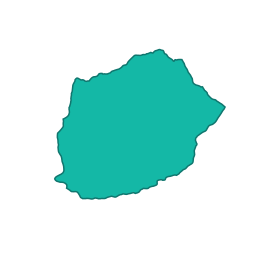 outline of Denchhukha, Samchi, Bhutan, rotated 41°
{"feature_id": "84629894B1832791956678", "entity_name": "Denchhukha", "entity_type": "district", "adm_level": 2, "iso_a3": "BTN", "parent_name": "Bhutan", "parent_adm1": "Samchi", "projection": "mercator", "projection_center": [89.277, 27.026], "detail": "fine", "context": "isolated", "style": "filled", "palette": "teal", "viewbox_px": 256, "rotation_deg": 41, "n_neighbors": 0, "source": "geoboundaries", "source_scale": "gbopen_adm2", "svg_char_len": 5795}
<svg xmlns="http://www.w3.org/2000/svg" viewBox="0 0 256 256"><g transform="rotate(41 128 128)"><path d="M187.5,48.5L183.1,48.5L180.9,48.9L179.2,49.1L178.0,49.3L177.5,49.4L176.9,49.4L176.3,49.4L175.9,49.3L175.3,49.5L174.8,49.7L174.4,50.1L173.8,50.3L173.3,50.6L172.2,50.9L171.7,51.0L171.1,51.0L170.5,50.9L170.0,50.9L168.8,50.9L167.7,50.7L166.6,50.6L166.0,50.4L165.5,50.2L165.1,49.8L164.6,49.5L164.0,49.4L162.9,49.3L161.7,49.3L161.1,49.4L160.6,49.2L160.1,49.0L159.5,48.8L159.0,48.7L157.9,48.3L157.4,48.1L156.9,48.2L156.6,48.7L156.2,49.1L155.6,49.2L154.5,49.4L153.9,49.6L153.4,49.8L150.9,51.0L150.3,51.1L149.2,51.3L148.6,51.3L148.0,51.3L147.5,51.1L146.9,50.9L146.5,50.6L145.6,49.9L144.4,48.8L143.9,48.5L143.4,48.3L142.8,48.1L142.2,47.9L141.7,47.7L141.2,47.5L140.7,47.2L140.1,47.1L137.3,46.5L136.7,46.3L136.2,46.1L135.4,45.6L134.3,45.1L133.9,44.9L132.2,44.5L131.7,44.3L130.6,44.0L130.1,43.7L129.6,43.4L128.1,42.5L127.6,42.3L126.5,42.0L124.9,41.4L124.3,41.2L123.8,41.0L122.9,41.7L122.5,42.0L121.2,43.2L120.8,43.6L120.5,44.1L120.2,44.6L119.8,45.0L119.3,45.2L118.8,45.5L118.7,46.1L118.8,46.6L118.9,47.2L118.6,47.6L118.0,47.7L117.5,47.6L116.9,47.5L116.3,47.5L115.8,47.5L113.5,47.9L112.4,48.1L111.3,48.0L110.7,47.8L109.6,47.5L109.1,47.3L108.5,47.3L108.0,47.5L107.4,47.7L106.9,47.8L106.3,47.6L105.8,47.4L105.3,47.1L104.8,46.8L104.3,46.6L103.7,46.5L103.2,46.7L102.7,47.0L102.2,47.3L100.6,47.9L100.2,48.2L99.9,48.6L99.6,49.1L99.1,50.1L98.8,50.6L97.9,51.9L97.7,53.0L97.6,53.7L97.7,54.7L97.2,55.4L95.6,56.0L95.4,56.6L95.0,57.2L94.4,58.6L93.9,59.2L93.4,59.7L93.2,60.5L92.9,61.1L92.5,61.6L91.9,62.1L91.3,62.6L90.9,63.1L90.6,63.8L90.3,64.4L89.9,64.9L89.4,65.4L87.9,66.5L87.4,67.0L86.8,67.4L86.2,67.8L85.7,68.5L85.3,69.1L84.8,74.5L84.8,75.2L84.7,76.0L84.7,77.1L84.7,78.0L85.2,80.2L85.2,80.9L85.1,81.4L84.6,82.4L84.2,82.7L83.8,83.3L83.4,84.0L83.3,84.7L83.3,86.1L83.2,86.8L83.1,87.5L82.9,88.2L82.7,88.9L82.5,89.4L82.2,89.9L81.8,90.5L81.2,91.4L80.1,93.2L79.7,94.1L79.3,94.6L78.7,95.7L78.5,96.3L78.5,97.4L78.4,98.1L77.8,99.1L77.5,99.8L77.1,100.4L76.9,100.9L76.5,101.2L76.0,101.6L75.5,102.1L74.8,102.5L73.6,103.8L72.6,103.8L72.2,104.2L71.6,104.7L71.1,105.3L70.8,105.7L70.6,106.2L70.6,106.7L70.7,107.4L70.7,108.1L70.7,108.8L70.5,109.4L70.2,109.9L69.9,110.4L69.5,110.9L68.6,111.8L68.2,112.4L67.8,113.8L67.7,114.5L67.7,115.2L67.7,115.9L67.7,116.6L67.8,117.3L67.8,117.9L67.4,118.4L66.9,118.8L66.5,119.3L66.2,119.8L65.9,120.2L65.3,120.5L64.6,120.8L63.8,120.8L63.1,120.9L62.4,121.2L61.9,121.6L61.2,122.4L60.6,122.7L59.8,122.8L59.1,123.0L58.3,123.1L57.6,123.3L57.0,123.6L56.6,124.0L56.4,124.9L56.4,126.3L57.2,127.5L58.0,131.0L58.5,132.1L61.9,137.0L62.7,139.2L63.8,140.3L64.1,141.0L65.7,143.4L66.1,143.7L66.7,144.3L67.3,145.2L67.5,145.7L67.9,146.2L68.5,147.2L69.3,148.9L69.9,150.2L70.1,151.2L70.9,152.1L71.6,152.9L72.1,153.2L73.3,154.4L73.7,154.9L74.3,156.2L74.7,157.2L74.8,158.7L74.6,159.9L74.5,160.4L73.6,163.0L73.2,163.8L74.6,165.0L75.3,165.7L75.5,166.2L76.4,167.4L78.1,169.1L78.4,170.7L78.5,173.0L78.5,175.0L78.3,178.1L79.4,179.7L80.9,181.5L82.9,182.9L84.9,185.0L86.6,186.3L87.8,188.4L89.8,190.3L91.2,191.5L93.3,192.3L96.0,193.1L97.7,194.2L100.4,196.6L102.3,197.6L104.4,199.0L106.0,200.5L107.6,202.2L108.0,203.2L108.3,204.4L107.9,206.5L106.5,209.9L105.8,211.9L105.7,213.3L106.1,214.5L107.5,215.0L109.1,214.9L112.2,213.5L113.8,212.2L115.1,211.4L116.5,211.0L117.9,210.9L119.1,211.1L120.6,212.6L121.1,213.7L125.0,213.1L126.0,213.2L127.1,213.0L128.8,211.7L130.0,210.5L130.3,210.3L130.9,209.9L131.8,209.7L132.6,209.7L134.4,210.2L135.9,210.7L137.0,211.2L137.8,211.5L138.9,211.3L140.2,211.0L140.8,210.4L142.6,208.8L143.1,208.1L145.1,206.6L145.6,206.4L147.2,205.4L148.0,204.5L148.8,203.0L149.0,202.5L149.7,202.0L151.1,201.2L152.1,200.8L153.5,199.5L154.4,198.4L154.8,198.1L155.8,197.3L156.5,196.7L157.3,195.6L157.6,194.6L158.2,193.4L158.5,193.0L158.8,192.4L159.2,192.0L160.0,190.7L160.3,190.3L161.7,189.6L163.3,188.8L163.8,188.4L164.3,187.6L165.0,185.5L165.1,184.9L165.5,184.3L165.7,183.7L166.8,182.4L167.4,181.0L167.9,180.7L169.0,180.0L170.1,179.3L170.6,178.8L171.5,177.4L172.8,175.8L173.5,174.6L174.6,173.2L175.1,172.9L176.4,172.6L176.6,172.2L177.5,171.0L178.1,169.7L178.3,169.1L178.3,168.0L178.1,166.9L178.1,166.3L178.5,165.6L179.0,164.4L179.1,163.6L179.6,163.2L181.4,161.9L182.1,161.2L182.5,160.8L182.8,160.3L182.8,159.7L183.0,159.2L183.1,158.6L183.3,158.1L184.2,156.6L185.3,155.3L185.9,154.3L186.4,153.3L186.7,152.8L186.8,152.4L186.9,151.9L186.8,151.3L186.5,150.8L185.3,149.6L185.0,149.2L184.8,148.6L184.9,148.1L185.1,147.6L185.4,147.1L185.8,146.6L186.5,145.7L186.9,145.3L187.4,145.0L187.9,144.8L188.4,144.7L189.5,143.6L189.9,143.0L189.9,142.5L189.7,141.9L189.5,141.4L189.3,140.9L189.3,140.3L189.5,139.8L189.7,139.2L189.9,138.7L190.6,137.8L191.4,136.9L191.7,136.5L192.0,136.0L192.4,135.5L192.9,134.5L193.2,134.0L193.9,133.1L194.2,132.7L194.7,132.4L195.7,131.8L196.1,130.4L196.3,129.8L196.5,129.3L196.5,128.7L196.4,128.2L196.4,127.6L196.5,127.0L196.6,126.5L196.8,125.3L197.0,123.6L197.1,123.1L197.4,122.5L197.9,121.5L198.1,121.0L198.2,120.4L198.1,119.9L198.2,118.7L198.1,118.1L198.2,117.6L198.3,117.0L198.7,115.9L198.8,115.4L199.0,114.8L199.2,114.3L199.5,113.2L199.6,112.6L199.6,112.1L199.5,111.5L199.3,111.0L199.0,110.5L197.9,108.9L197.6,108.5L197.2,108.1L197.1,107.6L196.7,106.9L196.3,105.4L195.9,104.8L195.6,104.2L194.8,103.5L194.5,103.2L193.2,102.0L192.9,101.6L192.6,101.1L192.2,100.0L191.6,98.4L191.4,97.9L191.1,97.4L191.0,96.8L191.0,95.7L190.5,94.8L189.5,94.4L186.9,93.0L185.9,91.4L185.7,90.8L185.8,89.5L185.6,88.9L185.7,88.2L186.9,83.1L187.3,81.9L188.4,79.5L188.5,78.6L188.4,77.6L188.2,77.0L187.6,73.8L187.8,72.5L189.4,69.8L189.8,68.2L189.8,67.6L190.0,67.0L190.0,65.3L189.8,64.1L189.2,60.9L189.0,58.1L188.9,57.7L188.7,56.0L188.1,52.6L188.1,50.7L187.5,48.5Z" fill="#14b8a6" stroke="#0f766e" stroke-width="1.5"/></g></svg>